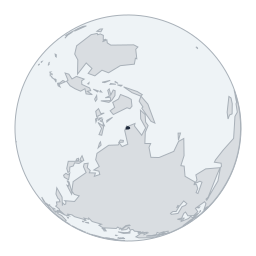 the Earth from above Lâm Đồng, rotated 195°
{"feature_id": "VNM-480", "entity_name": "Lâm Đồng", "entity_type": "Province", "adm_level": 1, "iso_a3": "VNM", "parent_name": "Vietnam", "parent_adm1": "", "projection": "orthographic", "projection_center": [108.021, 11.753], "detail": "fine", "context": "on_globe", "style": "filled", "palette": "slate", "viewbox_px": 256, "rotation_deg": 195, "n_neighbors": 0, "source": "natural_earth", "source_scale": "10m", "svg_char_len": 9436}
<svg xmlns="http://www.w3.org/2000/svg" viewBox="0 0 256 256"><g transform="rotate(195 128 128)"><circle cx="128" cy="128" r="113" fill="#eef3f6" stroke="#a8b0b8"/><path d="M230.9,165.3L230.8,166.1L230.7,166.2L230.9,165.3ZM180.9,28.6L181.0,28.8L184.8,31.2L181.1,29.1L190.9,35.8L193.5,39.0L188.2,34.0L185.9,32.5L186.6,33.8L184.3,32.6L183.4,32.7L180.6,31.3L177.8,28.9L176.0,28.0L176.5,29.0L174.1,28.5L173.6,27.1L169.4,26.2L163.8,22.8L164.6,21.6L159.3,19.8L158.9,19.7L166.4,22.1L173.8,25.1L180.9,28.6ZM232.7,86.5L232.6,86.3L232.7,86.5ZM232.4,86.0L232.3,85.8L232.2,85.3L232.4,86.0ZM188.1,33.5L187.5,32.8L188.8,33.9L188.1,33.5ZM183.7,32.9L184.6,33.6L183.7,33.4L183.7,32.9ZM178.7,31.1L177.0,30.8L178.3,30.7L178.7,31.1ZM175.7,30.3L171.7,29.8L173.3,31.1L166.4,27.6L172.2,29.0L173.4,28.6L174.0,29.4L175.7,30.3ZM163.3,26.0L161.9,25.6L162.8,25.5L163.3,26.0ZM156.6,19.0L156.3,19.0L152.9,18.2L152.3,18.1L150.4,17.6L156.6,19.0ZM146.2,16.8L147.8,17.1L146.5,16.9L148.6,17.3L146.1,16.9L145.0,16.7L144.5,16.6L143.7,16.5L146.2,16.8ZM138.5,15.8L138.4,15.8L138.5,15.8ZM144.8,16.8L148.9,17.4L149.0,17.5L144.8,16.8ZM137.3,15.7L137.8,15.8L136.9,15.7L137.3,15.7ZM142.4,16.4L143.8,16.5L142.4,16.4ZM137.8,15.8L137.0,15.7L138.1,15.8L137.8,15.8ZM139.8,16.1L139.5,16.1L139.0,15.9L140.4,16.1L139.8,16.1ZM142.2,16.4L142.7,16.5L141.6,16.3L142.2,16.4ZM134.0,15.7L133.0,15.5L135.4,15.6L136.1,15.8L134.0,15.7ZM39.5,58.3L39.4,58.4L38.6,59.6L35.2,64.1L30.7,72.8L33.5,69.4L33.1,75.1L35.0,76.6L42.1,67.9L38.9,65.2L41.9,60.4L47.4,58.7L50.7,61.7L52.0,60.0L52.9,54.9L56.7,52.6L53.5,52.9L52.5,55.0L50.5,55.4L51.3,53.6L52.6,52.8L52.5,51.4L46.2,56.2L44.6,58.8L42.3,58.1L39.3,62.5L37.6,64.0L42.1,57.2L44.0,55.1L49.7,47.7L47.5,49.7L41.9,57.0L42.3,56.1L39.3,59.5L41.9,56.2L48.5,48.3L48.4,48.3L54.2,42.9L60.3,37.9L62.2,36.6L62.0,37.0L67.7,33.3L68.4,33.2L64.8,35.3L62.3,37.1L62.5,38.7L63.8,38.2L67.4,35.9L67.0,36.8L70.6,34.4L72.8,34.7L73.0,32.5L77.3,30.2L81.0,29.2L82.4,28.2L76.4,29.9L74.0,31.1L71.8,32.6L65.2,36.0L64.2,36.1L71.3,31.5L70.7,31.3L76.4,28.2L89.1,24.7L92.2,24.9L88.3,29.6L85.0,30.5L84.9,29.1L81.1,32.3L83.3,31.1L82.9,32.1L87.0,30.6L86.9,31.3L90.8,28.9L91.2,29.6L88.7,31.1L95.0,30.0L97.0,31.2L98.4,30.7L99.4,29.8L101.3,32.3L102.2,31.8L102.0,30.8L103.8,29.3L107.7,27.8L108.2,28.7L106.8,29.4L104.6,32.4L100.9,34.4L101.5,34.7L104.8,33.2L107.5,29.4L109.7,28.3L108.9,29.9L109.4,29.2L110.6,29.0L112.2,29.7L113.4,27.9L126.5,25.1L130.9,26.6L128.7,28.2L138.4,28.4L142.6,30.8L142.4,29.7L146.9,29.6L145.6,28.8L145.8,28.3L156.7,28.5L159.6,29.6L164.0,29.2L163.9,28.8L162.0,27.9L166.4,27.6L173.3,31.1L173.2,31.8L177.6,33.8L176.7,35.4L178.0,38.0L174.6,39.1L176.0,41.3L177.5,41.9L180.5,45.6L181.3,51.8L173.8,44.2L171.3,36.0L171.7,38.9L169.6,37.6L168.5,38.4L168.9,40.7L170.3,41.4L160.6,43.2L157.6,49.8L162.8,50.0L165.9,52.6L167.1,62.0L156.9,74.1L161.0,79.1L161.1,82.1L157.4,83.7L157.1,79.2L153.5,77.2L153.8,74.7L147.8,76.1L148.0,72.6L143.2,75.8L144.9,78.8L150.1,78.6L145.8,83.4L151.0,89.0L151.4,95.5L142.2,106.3L133.1,109.1L132.5,111.2L128.9,108.5L124.0,112.3L130.5,124.7L130.3,128.2L122.4,134.2L122.3,131.6L112.9,124.5L111.0,132.7L118.1,140.1L120.6,148.4L115.0,145.5L112.5,138.2L109.2,135.5L110.2,128.3L107.7,117.4L102.1,118.9L102.7,114.7L98.3,105.6L90.4,107.5L77.7,117.3L75.7,128.1L71.4,132.3L66.7,115.8L67.2,105.3L63.9,105.7L60.4,96.1L49.6,93.2L49.5,90.4L47.2,91.1L45.0,87.7L45.5,83.2L43.5,82.8L42.5,94.8L44.8,95.2L48.9,91.7L48.0,95.8L50.3,100.3L42.4,108.6L28.8,113.5L30.0,105.3L32.7,81.9L34.1,79.8L34.2,79.5L34.4,79.0L32.0,82.4L33.4,78.1L29.2,93.6L27.4,100.0L28.5,113.9L27.8,115.0L28.9,118.1L35.7,117.3L35.2,119.9L30.4,131.2L23.3,145.3L25.7,157.2L27.7,166.9L26.5,171.6L29.9,179.3L29.8,181.1L32.0,185.3L33.7,189.1L35.3,192.0L31.0,185.3L27.2,178.3L23.9,171.1L21.1,163.6L18.9,156.0L17.2,148.2L16.0,140.4L15.4,132.4L15.4,124.5L15.9,116.5L17.0,108.7L18.7,100.9L20.9,93.2L23.6,85.8L26.8,78.5L30.6,71.5L34.8,64.7L39.5,58.3ZM51.6,70.2L55.3,72.0L58.1,65.8L59.8,66.1L60.2,64.0L58.3,65.3L59.9,59.8L63.1,58.9L64.9,56.5L63.8,55.8L57.6,58.4L55.4,66.1L52.6,68.0L51.6,70.2ZM128.1,15.4L125.7,15.4L126.7,15.4L124.8,15.7L120.5,15.9L121.8,16.0L120.5,16.4L116.9,16.8L118.2,16.4L113.3,17.2L112.9,16.9L112.3,17.1L110.6,17.1L107.6,17.5L108.0,17.3L106.6,17.6L105.5,17.7L103.8,18.1L101.7,18.5L110.4,16.7L119.3,15.7L128.1,15.4ZM134.7,15.6L134.3,15.5L134.7,15.6ZM133.8,15.5L134.3,15.5L132.7,15.5L132.9,15.6L131.2,15.5L133.3,15.8L128.2,15.8L125.5,15.7L129.8,15.4L129.3,15.4L129.7,15.4L133.8,15.5ZM39.8,58.2L39.5,58.7L39.6,59.0L37.7,61.3L39.8,58.2ZM44.2,52.8L44.3,52.7L41.6,55.8L41.9,55.4L44.2,52.8ZM46.6,50.3L44.5,52.5L45.8,51.0L46.6,50.3ZM65.1,35.2L65.5,35.2L64.7,35.8L63.4,36.5L65.1,35.2ZM102.3,20.5L103.5,20.0L104.1,20.0L107.9,19.0L108.5,19.3L106.5,20.0L102.3,20.5ZM40.3,69.0L38.4,70.3L38.7,69.2L39.3,69.0L40.3,69.0ZM37.0,65.5L36.7,67.4L36.5,66.1L37.0,65.5ZM103.6,20.7L105.1,20.3L104.5,20.8L103.6,20.7ZM109.2,19.5L108.8,20.0L109.1,19.2L109.2,19.5ZM81.1,222.5L83.4,223.9L82.0,223.7L81.1,222.5ZM36.3,168.8L38.7,184.6L36.3,183.7L33.6,178.5L31.1,168.6L33.3,166.8L33.7,162.6L36.3,168.8ZM149.1,168.5L152.5,169.1L152.4,169.6L149.1,168.5ZM145.6,166.6L149.4,166.9L144.9,167.7L145.6,166.6ZM151.0,167.1L154.9,166.2L156.6,165.5L156.3,166.5L151.0,167.1ZM142.9,166.6L128.5,165.6L122.8,163.9L124.1,162.1L133.3,163.2L142.9,166.6ZM123.7,162.1L115.0,156.2L103.3,139.7L107.5,140.4L119.8,150.7L119.0,152.2L124.2,156.8L123.7,162.1ZM144.7,153.5L143.9,158.4L135.9,157.5L132.3,156.5L129.8,150.1L131.2,147.1L134.2,147.3L145.7,137.2L149.7,140.0L146.2,144.4L149.4,148.8L144.7,153.5ZM76.1,129.2L78.3,136.0L76.0,136.7L76.1,129.2ZM150.4,129.9L145.7,134.4L150.0,128.3L150.4,129.9ZM152.9,124.1L153.2,126.5L151.3,124.1L152.9,124.1ZM132.3,114.4L129.2,114.8L129.1,113.1L133.1,111.7L132.3,114.4ZM151.7,101.1L151.6,105.9L151.0,107.5L149.6,104.5L151.7,101.1ZM110.8,25.1L104.8,25.9L100.9,27.1L99.3,28.7L99.0,27.0L105.0,25.0L110.8,25.1ZM124.5,24.9L125.8,23.8L127.0,24.3L126.8,24.7L124.5,24.9ZM124.1,24.2L122.5,23.0L124.4,22.4L125.3,23.5L124.1,24.2ZM112.8,21.2L111.0,21.4L111.6,20.9L112.8,21.2ZM204.5,207.9L204.9,208.4L201.7,211.4L197.6,214.6L194.6,215.9L204.5,207.9ZM178.3,217.1L179.1,213.9L183.1,213.4L180.7,216.3L178.3,217.1ZM207.3,205.4L210.2,202.2L212.2,198.4L210.8,201.7L212.0,201.5L205.6,208.0L207.3,205.4ZM166.0,203.6L144.0,209.8L139.4,208.8L140.9,206.0L137.4,197.1L138.9,197.3L138.4,191.3L151.6,186.2L161.1,176.3L168.1,177.1L173.5,169.8L180.6,170.4L178.2,176.2L185.2,180.0L190.7,167.0L194.1,180.8L198.6,185.6L198.9,194.1L187.8,208.6L182.2,211.4L181.5,210.2L179.1,211.7L175.8,211.1L174.7,206.6L172.3,208.1L175.0,204.6L171.3,207.7L170.0,204.8L166.0,203.6ZM215.7,178.0L216.5,178.3L217.5,180.5L216.2,180.2L215.7,178.0ZM228.8,168.6L228.9,169.6L228.2,170.1L228.8,168.6ZM230.7,166.2L229.8,166.9L230.9,165.3L230.7,166.2ZM221.1,169.5L221.4,170.3L221.0,170.7L221.1,169.5ZM220.7,169.2L221.4,167.8L221.2,169.2L220.7,169.2ZM217.1,162.1L217.7,161.3L217.9,161.8L217.1,162.1ZM157.5,169.4L162.3,165.8L164.9,165.5L157.5,169.4ZM216.4,160.6L215.1,160.5L215.2,159.8L216.4,160.6ZM216.6,158.8L216.5,157.8L217.2,160.2L216.6,158.8ZM214.0,156.6L215.7,158.4L213.8,156.8L214.0,156.6ZM213.0,156.9L211.7,156.1L211.8,155.8L213.0,156.9ZM198.3,158.6L203.0,164.8L199.1,164.7L194.8,160.9L191.1,164.5L183.0,163.9L185.0,161.6L183.9,158.2L175.4,156.7L173.7,154.4L176.8,152.9L171.1,151.0L177.3,150.1L179.8,154.8L183.3,151.3L189.3,152.2L194.9,153.8L199.4,157.3L198.3,158.6ZM177.3,160.3L178.3,160.3L177.4,161.7L177.3,160.3ZM209.4,153.6L211.2,155.8L210.9,156.4L210.0,156.1L209.4,153.6ZM200.5,156.5L205.4,152.6L206.5,152.7L203.2,157.0L200.5,156.5ZM204.2,150.1L206.4,150.7L207.6,152.8L207.1,153.4L204.2,150.1ZM164.6,155.7L164.3,157.0L162.7,155.9L164.6,155.7ZM166.7,155.0L171.6,156.5L166.2,156.1L166.7,155.0ZM151.7,150.0L153.2,153.1L157.8,151.3L154.3,154.0L157.3,159.1L156.3,160.9L153.2,155.4L152.1,160.9L150.1,160.7L149.0,155.9L151.0,150.2L153.1,147.8L161.3,147.2L151.7,150.0ZM166.7,151.3L165.4,147.7L166.3,145.4L167.7,147.3L166.7,151.3ZM161.5,139.1L158.0,134.9L154.8,136.3L161.2,130.9L163.5,135.8L161.5,139.1ZM158.5,130.0L155.5,131.3L158.6,128.1L158.5,130.0ZM154.8,129.9L154.4,127.1L156.7,127.6L154.8,129.9ZM160.0,130.2L160.5,125.5L161.7,128.3L160.0,130.2ZM153.4,120.8L158.4,125.6L151.9,123.3L151.5,114.2L154.3,114.1L153.4,120.8ZM168.0,85.9L167.3,83.5L169.8,83.1L169.6,84.8L168.0,85.9ZM177.1,80.4L170.2,82.2L164.5,84.1L166.3,85.2L165.2,89.3L162.3,85.3L166.2,81.1L170.6,80.5L171.0,77.2L174.1,75.2L173.2,71.1L174.5,69.5L176.7,73.1L177.1,80.4ZM172.6,69.4L172.0,62.6L176.8,63.9L178.0,65.7L176.2,68.2L173.8,67.3L172.6,69.4ZM173.3,61.4L171.0,60.6L165.3,51.0L165.3,49.4L172.1,56.9L170.3,56.6L170.8,58.9L173.3,61.4ZM162.4,26.1L162.0,25.7L163.2,26.2L162.4,26.1ZM145.0,27.9L145.5,27.4L146.9,27.8L145.0,27.9ZM147.7,26.2L145.8,26.0L147.7,25.8L147.7,26.2ZM141.5,25.9L144.9,25.8L141.9,26.5L141.5,25.9Z" fill="#d9dde1" stroke="#a8b0b8" stroke-width="1"/><path d="M129.3,127.2L129.3,127.3L129.3,127.6L129.2,127.8L129.3,128.0L129.2,128.1L129.1,128.3L129.1,128.5L129.0,128.4L128.9,128.4L128.7,128.5L128.6,128.8L128.4,128.9L128.2,129.0L128.1,128.9L127.5,128.9L127.4,128.9L127.2,128.8L127.0,128.7L126.9,128.7L126.8,128.4L126.7,128.4L126.6,128.2L126.8,128.0L127.0,128.0L127.1,127.9L127.3,127.8L127.3,127.7L127.5,127.7L127.5,127.8L127.8,127.8L127.9,128.0L128.0,128.0L128.0,127.9L128.1,127.7L128.0,127.4L127.9,127.4L128.0,127.3L128.0,127.2L128.3,127.2L128.5,127.1L128.8,127.0L128.9,126.9L129.0,126.9L129.1,127.0L129.3,126.9L129.3,127.0L129.3,127.2Z" fill="#64748b" stroke="#1e293b" stroke-width="1.5"/></g></svg>